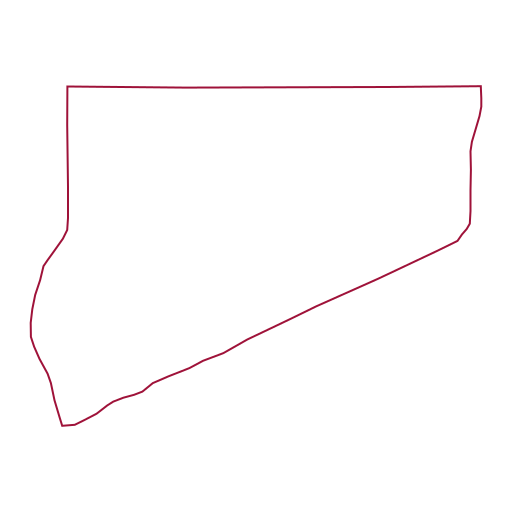 Haut-Komo, Wouleu-Ntem, Gabon
{"feature_id": "22940354B77871710228177", "entity_name": "Haut-Komo", "entity_type": "district", "adm_level": 2, "iso_a3": "GAB", "parent_name": "Gabon", "parent_adm1": "Wouleu-Ntem", "projection": "equal_earth", "projection_center": [10.636, 0.825], "detail": "fine", "context": "isolated", "style": "outline", "palette": "rose", "viewbox_px": 512, "rotation_deg": 0, "n_neighbors": 0, "source": "geoboundaries", "source_scale": "gbopen_adm2", "svg_char_len": 770}
<svg xmlns="http://www.w3.org/2000/svg" viewBox="0 0 512 512"><path d="M457.5,240.9L462.0,234.4L466.7,229.0L469.8,223.7L470.5,211.1L470.5,190.3L470.9,169.7L470.5,151.3L471.9,141.8L475.7,129.0L479.5,116.1L481.3,106.7L481.3,98.2L480.8,86.2L386.8,87.0L185.4,87.6L67.4,86.5L67.2,124.9L68.0,186.9L68.0,218.1L67.2,230.0L62.9,238.7L53.6,251.8L47.6,260.1L43.5,266.1L40.1,280.2L35.2,294.9L32.3,309.2L30.7,322.8L30.9,336.9L34.1,346.6L39.5,358.9L47.6,373.7L50.9,383.1L54.5,400.3L59.7,417.7L62.2,425.8L74.8,424.8L84.1,420.2L96.6,413.7L107.3,405.4L113.3,401.6L123.4,397.7L134.1,394.8L142.4,391.6L152.8,383.1L168.3,376.4L189.4,368.1L203.0,360.8L223.4,353.1L247.3,339.5L289.9,319.2L316.3,306.3L378.2,278.7L436.7,251.1L457.5,240.9Z" fill="none" stroke="#9f1239" stroke-width="2"/></svg>